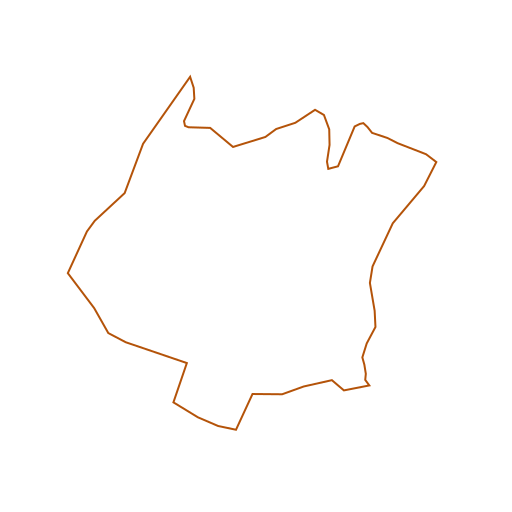 an SVG outline of Viesites, rotated 118°
{"feature_id": "LVA-5733", "entity_name": "Viesites", "entity_type": "Municipality", "adm_level": 1, "iso_a3": "LVA", "parent_name": "Latvia", "parent_adm1": "", "projection": "natural_earth1", "projection_center": [25.472, 56.304], "detail": "fine", "context": "isolated", "style": "outline", "palette": "amber", "viewbox_px": 512, "rotation_deg": 118, "n_neighbors": 0, "source": "natural_earth", "source_scale": "10m", "svg_char_len": 862}
<svg xmlns="http://www.w3.org/2000/svg" viewBox="0 0 512 512"><g transform="rotate(118 256 256)"><path d="M209.9,408.4L128.7,398.3L129.1,397.9L136.7,390.0L146.2,384.2L170.7,382.9L174.4,379.8L174.0,376.0L164.4,356.6L170.5,327.5L146.5,303.6L134.4,297.8L119.9,283.8L99.2,272.5L99.6,262.2L109.8,250.8L123.4,243.2L139.4,237.6L145.1,233.1L138.3,225.7L95.3,229.7L90.6,226.3L88.3,223.6L89.8,218.1L92.8,211.3L90.1,195.4L89.9,184.0L86.3,153.6L88.4,140.9L115.3,140.4L162.9,150.6L210.5,148.2L226.3,142.8L248.7,125.5L262.6,117.2L281.2,117.2L295.6,114.5L301.1,109.3L308.5,103.7L314.1,101.4L317.1,95.2L333.4,115.3L330.0,130.7L348.8,152.6L365.8,168.0L379.5,194.3L418.8,192.1L423.9,209.7L425.7,231.6L424.0,260.2L383.0,266.8L393.3,330.5L393.4,350.2L378.0,374.4L359.5,414.1L313.7,416.8L300.6,414.9L262.1,401.5L209.9,408.4Z" fill="none" stroke="#b45309" stroke-width="2"/></g></svg>